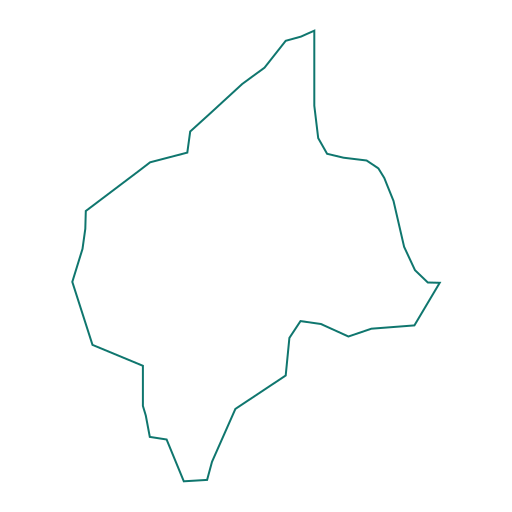 Haut-Nkam, Ouest, Cameroon (Robinson projection)
{"feature_id": "32672807B36469761565883", "entity_name": "Haut-Nkam", "entity_type": "district", "adm_level": 2, "iso_a3": "CMR", "parent_name": "Cameroon", "parent_adm1": "Ouest", "projection": "robinson", "projection_center": [10.205, 5.159], "detail": "fine", "context": "isolated", "style": "outline", "palette": "teal", "viewbox_px": 512, "rotation_deg": 0, "n_neighbors": 0, "source": "geoboundaries", "source_scale": "gbopen_adm2", "svg_char_len": 691}
<svg xmlns="http://www.w3.org/2000/svg" viewBox="0 0 512 512"><path d="M149.8,436.9L166.6,439.5L183.8,481.3L207.1,479.9L212.0,461.8L235.4,408.9L285.7,375.5L289.4,337.9L300.5,321.1L320.9,324.0L348.4,336.5L371.4,328.7L414.4,325.4L439.7,282.8L427.8,282.5L415.0,270.2L404.1,246.8L393.5,200.9L387.0,184.8L384.3,178.0L378.4,168.4L366.6,160.5L343.5,157.7L327.1,153.8L318.2,138.1L314.3,105.7L314.3,30.7L307.2,33.8L301.0,36.6L285.7,40.8L264.5,67.7L252.4,76.5L242.3,83.9L222.7,101.9L211.6,112.1L190.2,131.5L187.3,152.6L150.1,162.3L140.6,169.6L85.8,211.0L85.3,228.8L82.5,248.9L72.3,281.9L92.5,344.9L142.9,365.8L142.9,405.9L145.8,415.6L149.8,436.9Z" fill="none" stroke="#0f766e" stroke-width="2"/></svg>